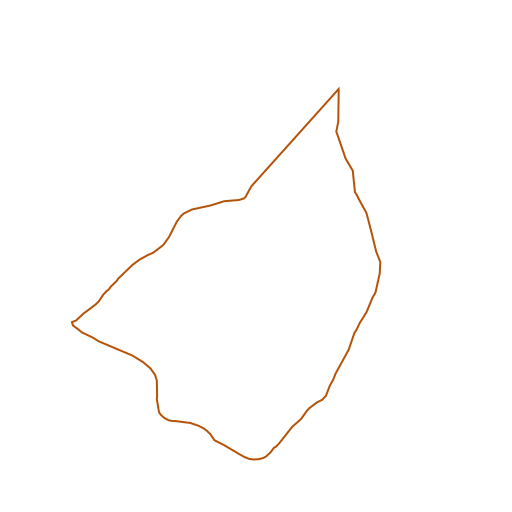 the district of Todos Santos Cuchumatán, Huehuetenango, Guatemala, rotated 119°
{"feature_id": "79465075B37558522420753", "entity_name": "Todos Santos Cuchumatán", "entity_type": "district", "adm_level": 2, "iso_a3": "GTM", "parent_name": "Guatemala", "parent_adm1": "Huehuetenango", "projection": "albers", "projection_center": [-91.561, 15.562], "detail": "fine", "context": "isolated", "style": "outline", "palette": "amber", "viewbox_px": 512, "rotation_deg": 119, "n_neighbors": 0, "source": "geoboundaries", "source_scale": "gbopen_adm2", "svg_char_len": 1423}
<svg xmlns="http://www.w3.org/2000/svg" viewBox="0 0 512 512"><g transform="rotate(119 256 256)"><path d="M437.3,203.0L436.9,192.4L437.4,174.2L437.4,168.5L436.8,163.7L435.2,159.6L432.4,155.1L429.2,151.8L427.8,150.8L425.9,149.8L423.3,149.0L421.1,148.2L415.0,147.3L413.1,146.1L408.6,144.9L387.8,141.5L383.0,139.8L381.5,139.2L376.3,137.5L367.2,136.5L363.2,135.6L354.5,131.7L349.7,128.4L344.3,127.1L333.2,128.6L327.0,128.5L320.2,129.4L293.1,129.5L275.2,132.7L272.8,132.3L264.1,132.8L251.6,132.1L236.0,133.9L230.0,133.8L211.0,139.4L201.0,144.4L193.7,153.2L181.0,164.9L171.9,173.5L164.7,180.4L157.9,191.3L153.7,197.6L152.1,200.5L134.5,212.7L127.3,224.9L108.2,246.1L103.8,247.5L98.6,249.2L71.2,263.9L69.9,264.7L112.4,274.4L197.5,293.9L209.5,293.8L211.7,294.6L215.3,298.1L223.6,310.5L233.9,320.3L246.3,334.5L253.4,339.5L257.0,340.9L264.2,341.9L281.5,341.3L291.2,342.4L303.0,347.5L307.8,351.2L315.6,356.1L323.6,359.7L342.8,365.6L345.2,365.7L353.0,368.1L357.4,368.7L358.8,369.6L364.2,370.9L371.9,371.5L376.0,372.7L390.0,379.0L399.7,382.1L403.0,384.9L405.5,382.5L406.4,375.6L407.2,371.2L406.5,358.8L406.9,352.2L403.0,316.0L403.6,303.2L405.5,293.8L408.8,286.8L413.1,282.3L421.1,277.7L426.3,274.7L429.2,273.4L439.5,265.2L440.9,262.7L442.1,257.7L442.0,252.8L440.9,249.2L439.6,246.7L438.6,244.4L435.7,237.0L433.9,232.7L432.4,224.2L432.1,218.0L432.8,213.9L433.9,209.6L437.3,203.0Z" fill="none" stroke="#b45309" stroke-width="2"/></g></svg>